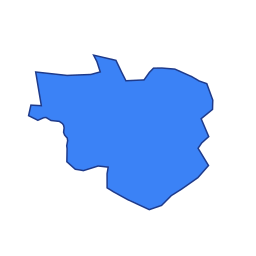 the district of Lubumbashi, Katanga, Democratic Republic of the Congo, rotated 250°
{"feature_id": "63176286B7033307846906", "entity_name": "Lubumbashi", "entity_type": "district", "adm_level": 2, "iso_a3": "COD", "parent_name": "Democratic Republic of the Congo", "parent_adm1": "Katanga", "projection": "albers", "projection_center": [27.484, -11.656], "detail": "fine", "context": "isolated", "style": "filled", "palette": "blue", "viewbox_px": 256, "rotation_deg": 250, "n_neighbors": 0, "source": "geoboundaries", "source_scale": "gbopen_adm2", "svg_char_len": 1017}
<svg xmlns="http://www.w3.org/2000/svg" viewBox="0 0 256 256"><g transform="rotate(250 128 128)"><path d="M161.4,58.2L157.7,65.7L154.6,67.9L152.6,68.4L149.9,68.0L148.6,67.3L146.0,66.0L144.6,66.0L143.2,66.0L140.9,66.8L139.3,67.5L138.1,67.2L136.8,67.0L132.2,64.3L130.3,63.9L129.2,63.6L117.2,59.0L107.3,64.3L105.1,68.3L103.2,71.5L102.5,86.9L100.5,91.0L98.0,96.0L92.2,92.7L78.9,87.9L72.8,92.7L60.7,103.3L44.0,120.1L43.8,133.1L48.5,143.1L49.7,145.6L52.3,157.6L57.3,176.1L57.3,176.4L65.2,190.8L71.3,189.6L85.0,186.9L88.8,192.2L92.3,200.9L111.7,199.9L116.6,213.8L120.2,215.2L125.2,217.2L142.7,217.2L147.8,211.0L154.8,205.2L155.3,204.6L167.3,192.2L169.2,188.1L172.8,180.2L173.3,178.7L175.5,172.5L175.4,172.2L173.0,167.2L167.9,159.8L167.7,159.5L173.1,142.2L183.1,141.0L185.4,140.8L195.7,139.8L208.2,120.6L201.1,121.5L190.2,121.1L191.0,111.4L196.8,93.3L198.2,88.8L212.2,60.4L178.6,54.2L182.7,44.6L173.6,38.8L167.4,44.7L166.1,45.9L166.5,52.4L165.9,54.6L161.4,58.2Z" fill="#3b82f6" stroke="#1e3a8a" stroke-width="1.5"/></g></svg>